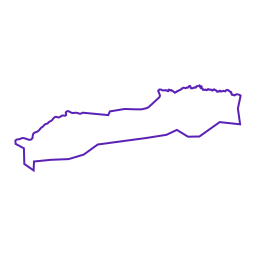 Issyk Kul, Ysyk-Köl, Kyrgyzstan (Albers equal-area conic projection)
{"feature_id": "92254566B19952550744366", "entity_name": "Issyk Kul", "entity_type": "district", "adm_level": 2, "iso_a3": "KGZ", "parent_name": "Kyrgyzstan", "parent_adm1": "Ysyk-Köl", "projection": "albers", "projection_center": [77.461, 42.683], "detail": "fine", "context": "isolated", "style": "outline", "palette": "violet", "viewbox_px": 256, "rotation_deg": 0, "n_neighbors": 0, "source": "geoboundaries", "source_scale": "gbopen_adm2", "svg_char_len": 4587}
<svg xmlns="http://www.w3.org/2000/svg" viewBox="0 0 256 256"><path d="M15.4,140.6L15.6,143.9L23.9,148.3L24.3,164.0L33.6,170.4L34.0,161.5L51.1,159.8L68.6,159.1L83.7,154.6L97.7,144.5L146.2,138.0L166.5,134.8L176.9,129.9L188.0,136.7L199.4,136.5L219.7,122.1L240.1,124.3L237.9,108.5L240.6,95.7L240.4,95.5L240.1,95.5L240.0,95.2L239.9,95.1L238.9,94.7L238.6,94.5L238.6,94.4L238.7,94.2L238.6,94.3L238.3,94.3L238.1,94.3L237.8,94.3L237.6,94.3L237.1,94.3L236.8,94.4L236.5,94.4L236.4,94.4L236.2,94.5L235.8,94.5L235.6,94.6L235.4,94.8L234.9,95.2L234.8,95.3L234.7,95.3L234.3,95.3L234.0,95.3L233.8,95.2L233.5,94.9L233.4,94.9L232.9,94.9L232.7,94.9L232.4,94.9L232.2,94.6L231.8,94.5L231.7,94.5L231.6,94.2L231.3,93.5L231.4,93.4L231.5,93.1L231.4,92.9L231.1,92.5L231.1,92.4L231.1,92.1L230.5,91.8L230.1,91.7L229.9,91.5L229.6,91.5L229.4,91.4L229.2,91.0L229.1,90.9L228.9,90.8L228.8,90.6L228.7,90.5L228.4,90.5L228.3,90.4L228.1,90.2L227.8,90.0L227.3,89.9L227.2,89.9L227.0,90.0L226.5,90.1L226.4,90.2L226.1,90.3L225.8,90.5L225.7,90.7L225.6,90.9L225.4,90.9L225.3,91.0L225.2,91.3L224.5,91.2L224.1,91.1L223.9,91.1L223.7,91.0L223.6,90.9L223.2,90.8L222.8,91.1L222.3,91.2L221.9,91.2L221.7,91.4L221.4,91.5L221.2,91.6L220.8,91.4L220.5,91.2L220.3,90.9L220.2,90.8L219.9,90.7L219.7,90.8L219.4,91.0L219.2,91.3L218.9,91.5L218.5,91.7L218.4,91.7L218.2,91.4L217.8,91.4L217.7,91.4L217.4,91.6L217.2,91.7L216.9,91.6L216.7,91.3L216.7,91.1L216.7,90.9L216.3,90.7L216.0,90.4L215.8,90.2L215.7,90.2L215.4,90.2L215.2,90.1L215.1,89.9L214.9,89.8L214.7,89.6L214.3,89.5L214.1,89.5L213.9,89.4L213.8,89.5L213.7,89.7L213.7,89.8L213.5,90.0L213.4,90.1L213.2,90.2L212.9,90.0L212.6,90.3L212.4,90.5L212.2,90.5L211.9,90.1L211.6,90.0L211.3,89.9L211.2,89.8L211.1,89.7L210.9,89.7L210.2,89.5L209.9,89.8L209.7,89.8L209.5,89.7L209.2,89.6L208.8,89.5L208.6,89.4L208.4,89.2L208.2,89.1L207.8,89.3L207.7,89.6L207.3,89.7L207.2,89.8L207.1,90.0L206.9,90.1L206.7,90.0L206.4,90.1L206.2,90.1L205.8,89.7L205.7,89.6L205.3,89.7L205.1,89.8L204.9,89.8L204.7,89.9L204.4,89.8L203.7,89.9L203.3,89.8L203.0,89.8L202.9,89.5L202.8,89.1L202.6,88.7L202.4,88.4L202.1,88.3L201.8,88.4L201.5,88.4L201.4,88.4L201.0,88.2L200.9,88.1L200.6,87.8L200.4,87.6L200.5,87.5L200.8,87.3L200.9,87.2L201.0,87.1L201.2,86.8L201.3,86.8L201.4,86.7L201.5,86.5L201.3,86.4L201.1,86.4L201.0,86.2L200.6,86.3L200.3,86.3L199.9,86.2L199.5,85.6L199.2,85.9L198.4,85.9L198.1,86.0L197.8,86.1L197.6,86.1L197.4,86.1L197.1,86.1L196.9,86.3L196.6,86.3L196.4,86.4L196.3,86.6L196.2,86.9L196.2,87.0L195.8,87.2L195.6,87.6L195.2,87.4L194.8,87.4L194.7,87.4L194.5,87.5L194.2,87.5L193.9,87.8L193.5,87.9L193.4,87.9L193.1,88.0L192.9,88.2L192.8,88.3L192.6,88.3L192.1,88.2L191.9,88.2L191.5,88.3L191.3,88.3L191.1,88.3L190.9,88.2L190.7,87.7L190.5,86.8L190.3,86.2L189.9,85.9L189.7,85.9L189.5,86.0L189.1,86.3L188.8,86.5L188.7,86.6L188.5,87.0L188.3,87.2L188.2,87.4L187.9,87.6L187.7,87.7L187.3,87.5L187.0,87.5L186.9,87.5L185.9,88.1L185.7,88.2L185.3,88.2L185.2,88.1L184.7,88.0L184.5,87.9L183.7,87.7L183.3,87.8L183.1,87.9L182.7,88.2L182.3,88.3L181.6,88.6L181.5,88.8L181.5,89.1L181.3,89.3L180.4,89.7L180.2,89.9L180.0,90.0L179.6,90.2L178.9,90.3L178.4,90.8L178.0,90.9L177.8,91.0L177.7,91.0L177.4,91.1L177.1,91.2L177.0,91.3L176.9,91.4L176.6,91.8L176.5,92.0L175.9,92.1L175.3,92.6L174.9,92.7L174.8,92.4L174.4,92.1L174.0,92.0L173.7,91.7L173.2,91.4L172.8,91.1L172.7,91.0L172.5,90.9L172.2,90.9L171.9,90.7L171.7,90.5L171.6,90.4L171.5,90.2L170.9,90.4L170.5,90.4L170.4,90.4L170.0,90.0L169.9,89.9L169.6,89.8L169.0,89.7L168.8,89.7L168.6,89.7L168.5,89.8L168.4,89.9L168.3,90.1L168.5,90.8L168.4,91.1L168.2,91.2L167.6,90.9L167.2,90.9L167.0,90.7L166.9,90.6L166.5,90.5L166.3,90.5L166.2,90.4L165.6,90.3L165.3,90.2L165.2,90.1L164.5,90.4L164.0,90.4L163.5,90.4L163.3,90.4L163.0,90.3L162.8,90.3L162.5,90.4L161.2,89.6L159.4,89.5L158.2,90.8L159.4,93.8L159.9,95.4L159.8,96.3L159.4,97.2L148.8,107.0L147.3,107.9L144.0,108.8L141.7,109.3L135.3,109.3L124.5,109.0L109.9,111.4L108.2,115.1L82.6,112.7L81.4,113.4L79.9,113.8L78.1,113.2L76.0,112.7L72.9,113.0L71.5,112.8L70.1,112.0L68.8,111.3L67.6,111.1L66.7,111.5L65.8,112.3L65.8,113.1L66.2,114.4L66.1,115.0L65.2,115.7L63.3,115.5L62.6,115.6L61.7,115.7L60.9,116.4L59.3,117.3L58.4,117.5L57.3,117.1L56.0,116.8L55.2,116.9L54.2,117.6L53.1,118.7L52.1,120.1L51.0,120.9L49.9,121.5L48.6,122.3L47.7,123.4L46.2,123.9L45.0,124.3L44.0,125.3L42.9,126.6L41.7,127.3L40.4,128.5L39.8,129.4L38.7,130.6L36.8,131.9L35.6,132.3L34.2,132.8L33.4,133.6L33.0,134.8L32.6,136.5L32.5,138.1L31.3,139.4L30.0,139.8L28.7,139.7L24.2,138.2L22.7,138.0L21.2,138.4L20.2,138.9L18.9,139.3L17.3,139.4L16.4,139.7L15.4,140.6Z" fill="none" stroke="#5b21b6" stroke-width="2"/></svg>